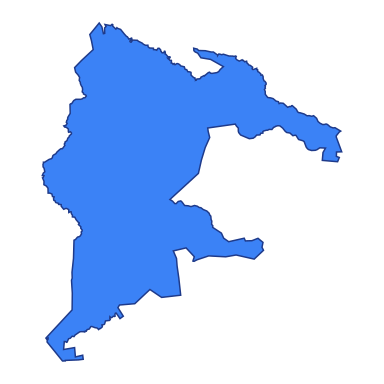 Seke, Mashonaland East, Zimbabwe (Mercator projection)
{"feature_id": "62879985B71906244719276", "entity_name": "Seke", "entity_type": "district", "adm_level": 2, "iso_a3": "ZWE", "parent_name": "Zimbabwe", "parent_adm1": "Mashonaland East", "projection": "mercator", "projection_center": [31.007, -18.303], "detail": "fine", "context": "isolated", "style": "filled", "palette": "blue", "viewbox_px": 384, "rotation_deg": 0, "n_neighbors": 0, "source": "geoboundaries", "source_scale": "gbopen_adm2", "svg_char_len": 5772}
<svg xmlns="http://www.w3.org/2000/svg" viewBox="0 0 384 384"><path d="M71.5,280.2L72.3,293.1L72.1,309.9L45.9,338.1L46.5,339.0L48.1,338.2L48.0,339.3L47.7,339.8L47.2,339.8L47.1,342.0L62.5,361.0L65.3,360.9L65.3,360.4L78.2,359.9L83.2,359.3L82.7,355.2L75.4,356.9L74.6,347.6L63.6,349.5L64.3,341.5L65.7,341.6L66.4,342.3L67.1,342.1L68.6,338.7L70.2,338.3L72.2,336.2L74.0,336.6L75.1,335.0L79.8,331.8L82.0,331.6L83.4,331.8L84.0,331.4L84.8,332.0L85.4,331.0L86.3,331.2L87.1,329.6L89.3,329.0L90.8,326.6L91.9,326.5L95.1,327.7L96.8,327.9L97.7,328.5L98.6,329.6L98.9,329.4L99.5,328.6L100.3,328.6L102.1,327.1L102.4,326.2L101.9,325.0L104.0,324.5L104.6,324.0L105.5,320.9L109.6,320.4L110.3,319.3L109.8,318.5L109.9,316.7L111.1,317.7L111.9,317.5L113.3,316.2L114.4,316.5L115.1,316.2L114.9,314.6L115.4,313.2L116.2,313.1L120.0,318.6L123.3,316.2L117.9,307.6L119.5,305.0L134.8,303.7L149.9,289.5L161.6,297.4L180.7,295.2L178.8,278.0L177.1,266.1L176.5,258.4L173.3,250.9L186.1,247.9L194.3,256.7L193.0,260.7L193.0,261.2L194.1,261.3L197.0,259.8L208.7,255.9L225.7,256.8L236.1,255.0L254.2,259.1L263.5,250.3L262.0,247.3L263.0,242.4L258.0,238.3L251.9,240.7L245.4,240.9L244.2,238.2L228.7,241.7L223.7,238.2L221.4,233.1L212.7,227.4L212.8,225.7L211.6,224.3L211.8,221.1L211.1,219.5L210.8,216.1L209.8,215.0L209.1,213.2L206.8,211.0L203.2,209.5L200.9,207.7L199.2,207.5L197.3,206.2L194.5,205.5L191.4,206.5L190.5,206.5L188.3,205.8L184.6,205.5L182.1,202.1L180.8,200.9L178.2,201.5L176.2,203.6L174.8,203.6L172.5,201.1L169.9,199.5L198.4,173.4L201.4,160.1L205.2,147.6L209.7,137.5L208.2,131.5L207.7,128.0L235.3,124.1L236.4,126.0L238.3,128.1L238.3,131.1L238.7,132.6L240.6,135.0L249.3,138.7L253.2,138.2L255.2,136.8L256.6,135.1L260.0,134.9L260.7,133.3L262.9,133.1L262.9,131.5L263.6,131.0L266.5,130.2L267.7,130.2L269.1,129.4L271.9,129.5L273.7,127.3L274.8,127.0L275.4,126.4L277.9,125.7L279.9,125.9L282.7,128.1L285.2,131.3L286.7,132.5L289.9,133.0L292.9,135.7L295.1,135.2L296.0,135.4L298.6,139.5L302.7,140.7L304.1,141.5L306.2,147.1L307.5,148.8L308.6,149.6L311.6,150.5L315.3,150.3L317.0,149.7L319.8,147.8L325.5,148.1L323.0,152.5L322.3,160.4L337.3,161.7L337.6,161.7L339.3,157.5L336.4,156.4L336.5,152.0L341.7,151.8L336.3,137.2L336.2,135.9L339.2,132.1L340.7,131.1L335.0,127.7L333.1,127.9L330.3,126.9L327.5,124.5L326.1,124.0L324.2,124.5L322.6,124.5L320.0,123.2L318.0,121.5L316.6,118.3L313.6,115.7L311.7,116.3L309.2,115.6L307.1,115.8L304.2,114.0L300.2,112.8L298.7,112.6L297.6,111.8L296.3,109.2L292.2,105.6L291.6,105.7L290.8,106.6L289.5,106.5L287.7,107.3L283.3,103.3L280.5,103.0L279.1,103.6L278.4,101.7L276.1,101.1L273.1,98.6L270.7,97.9L267.7,97.5L265.3,94.3L265.2,91.3L264.4,89.5L265.4,88.2L265.1,87.5L265.4,86.1L265.0,85.7L266.2,84.1L266.0,82.8L265.0,81.4L264.0,80.8L263.2,78.7L263.1,76.6L262.4,75.0L261.0,75.2L260.8,73.9L258.9,72.1L257.8,71.6L257.6,69.7L256.8,69.6L256.7,68.3L253.4,69.5L252.5,69.4L252.1,68.5L252.6,67.8L252.6,67.2L250.3,65.4L248.7,64.9L247.8,63.6L247.0,63.0L246.6,61.2L244.7,61.8L243.2,60.3L242.4,60.4L242.1,59.8L239.3,61.1L237.0,59.9L235.7,58.5L235.6,57.8L236.3,56.7L235.8,56.0L234.0,56.4L232.8,56.1L229.0,56.0L223.4,54.2L221.6,54.7L219.8,54.1L218.6,54.1L217.7,55.4L217.7,55.1L213.4,52.0L211.1,52.0L205.2,50.7L198.6,50.5L197.3,49.1L193.7,48.2L193.9,50.7L195.2,52.0L197.7,53.1L200.9,57.8L210.6,59.4L223.4,66.6L220.2,69.5L218.7,71.6L216.9,72.6L212.1,73.4L210.5,73.2L209.6,72.2L208.3,72.6L204.4,75.9L204.1,75.6L200.9,77.2L200.8,77.8L199.8,78.8L196.9,79.0L196.3,80.2L195.8,80.3L196.1,79.8L194.9,78.9L195.0,78.0L193.6,77.5L191.1,75.2L191.0,72.4L189.9,71.9L187.8,71.7L186.7,69.6L185.6,69.5L185.0,69.1L184.3,66.8L180.7,65.9L179.7,64.6L177.8,63.6L176.8,63.6L175.0,64.7L174.1,63.5L173.1,64.3L172.4,63.3L171.2,63.0L171.5,60.8L171.2,60.3L169.8,60.4L169.1,59.2L168.5,59.1L167.8,58.3L169.1,58.4L170.1,57.6L169.9,56.8L168.0,56.8L165.8,54.2L165.1,53.9L165.3,52.2L164.8,51.2L164.3,51.3L164.0,52.4L162.9,52.9L161.8,52.6L161.4,51.6L160.9,51.4L160.6,49.8L159.2,48.3L158.0,48.3L157.3,49.4L156.6,49.8L156.6,50.2L155.2,49.7L153.5,49.6L153.4,48.2L149.5,48.0L148.1,46.8L147.9,45.2L145.6,45.3L143.5,44.3L142.2,43.1L138.3,41.2L137.4,40.3L133.0,40.1L132.0,40.9L131.3,42.1L130.5,42.1L129.9,41.5L129.9,41.0L131.9,39.0L131.6,38.1L128.9,39.1L127.4,36.8L126.5,36.4L124.4,34.1L120.6,29.4L117.5,28.3L116.9,27.7L115.9,29.1L112.6,26.0L112.9,24.9L112.1,24.3L110.5,25.6L105.0,24.5L106.0,26.6L104.6,27.9L104.7,33.4L103.4,33.7L101.9,26.9L99.2,23.0L89.8,34.5L91.5,40.9L93.2,49.6L81.5,60.5L74.6,67.6L75.6,72.1L78.1,75.0L79.6,77.4L79.2,80.4L80.3,82.3L80.4,83.6L81.2,85.6L82.3,87.3L82.6,89.5L82.2,91.9L83.3,92.9L83.5,94.0L85.9,95.2L86.3,96.1L84.9,97.8L83.6,97.8L82.1,98.9L80.6,99.3L75.8,99.3L73.7,100.6L71.6,103.7L70.6,103.8L70.0,104.4L70.2,113.4L68.0,117.0L67.6,118.1L67.8,119.1L66.8,120.5L66.3,122.4L67.2,123.4L65.9,125.3L63.8,125.9L64.6,127.0L66.4,127.4L68.3,129.0L68.4,131.9L68.7,132.3L70.5,131.8L71.5,133.0L71.4,133.9L69.3,135.9L69.1,136.9L67.8,138.2L67.0,140.6L65.0,142.0L65.0,143.1L64.3,144.0L64.8,145.5L62.6,148.4L62.3,148.7L61.0,148.7L59.6,149.6L56.9,152.1L55.9,153.7L53.4,155.1L52.7,156.0L52.4,157.5L51.6,158.6L49.1,159.4L44.6,162.2L43.4,162.2L43.5,163.3L43.0,164.2L43.1,166.9L44.1,168.3L44.8,171.8L43.4,173.0L42.3,175.5L43.9,175.7L43.2,177.4L42.5,177.8L44.0,181.3L43.9,184.7L46.3,186.0L48.0,188.2L48.1,193.1L49.8,193.1L51.9,194.0L52.5,196.6L54.1,196.9L53.5,198.8L53.9,200.4L54.9,200.7L55.7,202.5L58.6,203.4L58.6,204.4L61.2,204.6L61.2,206.2L63.7,209.3L65.6,208.5L66.8,208.5L68.7,209.6L68.8,212.5L70.2,211.8L71.1,211.8L71.4,213.7L72.4,215.1L72.4,216.9L74.8,217.2L76.1,219.7L78.5,222.5L79.2,222.8L79.2,223.5L78.4,224.3L78.5,224.6L80.8,226.7L80.8,228.3L82.2,230.1L82.0,231.2L81.2,231.9L81.5,233.8L80.2,236.0L79.3,236.6L77.5,237.1L75.5,239.5L74.0,240.2L73.5,258.4L72.0,272.3L72.2,278.2L71.5,280.2Z" fill="#3b82f6" stroke="#1e3a8a" stroke-width="1.5"/></svg>